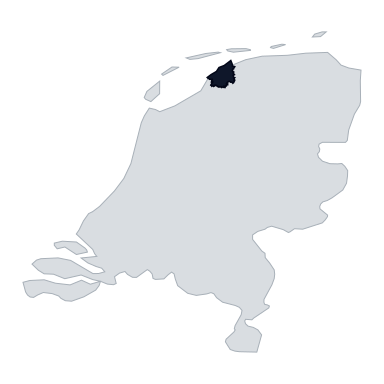 Waadhoeke, Friesland, Netherlands (highlighted)
{"feature_id": "6326949B95625047897274", "entity_name": "Waadhoeke", "entity_type": "district", "adm_level": 2, "iso_a3": "NLD", "parent_name": "Netherlands", "parent_adm1": "Friesland", "projection": "robinson", "projection_center": [5.61, 53.246], "detail": "fine", "context": "in_parent", "style": "filled", "palette": "ink", "viewbox_px": 384, "rotation_deg": 0, "n_neighbors": 0, "source": "geoboundaries", "source_scale": "gbopen_adm2", "svg_char_len": 5983}
<svg xmlns="http://www.w3.org/2000/svg" viewBox="0 0 384 384"><path d="M256.8,352.1L247.8,351.9L239.4,351.7L234.9,351.1L230.2,349.5L230.2,349.4L228.0,346.0L225.4,341.8L226.1,339.2L234.0,331.9L235.2,329.9L234.3,328.8L235.1,325.6L241.2,314.7L242.0,310.4L239.3,307.3L235.3,305.5L222.6,302.2L216.6,297.7L213.8,293.7L211.0,292.6L206.8,293.9L196.3,295.4L187.7,293.3L177.7,285.7L175.3,279.0L174.1,273.9L171.6,272.1L168.2,274.7L163.9,278.9L155.4,279.4L153.0,278.4L152.6,276.1L152.1,273.9L149.8,271.2L147.3,269.6L136.5,277.4L132.5,277.3L127.5,274.4L125.0,271.5L119.5,273.1L114.5,276.7L116.2,283.5L113.5,284.7L107.4,284.1L100.5,281.3L92.8,279.6L81.1,275.0L64.8,278.7L53.5,274.2L44.1,273.8L38.3,270.2L32.0,264.1L36.5,260.1L40.9,258.7L58.1,257.9L70.6,260.4L93.0,273.6L98.7,273.5L104.8,271.8L101.7,268.2L96.1,266.5L87.8,262.9L81.1,258.0L96.8,256.4L94.7,253.8L92.7,249.4L76.3,234.0L79.1,229.9L83.4,221.0L88.6,213.6L92.7,211.6L99.6,206.4L114.4,191.0L123.8,178.5L130.9,163.6L141.3,122.7L144.4,115.8L149.3,108.1L155.4,109.5L159.7,111.7L174.8,105.9L200.8,90.8L208.5,77.7L216.0,71.6L245.7,59.7L262.1,56.2L287.4,55.3L305.7,53.2L327.6,52.4L336.1,59.7L341.0,65.1L348.8,68.0L361.0,70.1L360.3,80.7L360.6,101.6L359.7,105.3L354.4,114.1L348.7,130.0L347.3,140.4L345.5,142.4L322.4,142.3L319.1,144.1L318.6,146.4L319.8,149.0L319.3,151.7L317.5,153.9L318.5,157.3L322.5,161.2L329.9,163.7L337.7,163.9L341.8,163.5L344.8,166.3L347.7,170.6L347.5,176.0L346.5,183.3L342.8,190.0L332.1,197.8L327.3,200.5L322.8,201.9L320.7,204.0L319.7,206.6L320.0,208.9L327.6,215.1L327.5,216.6L325.3,219.8L322.3,222.9L302.7,229.2L294.5,228.7L289.9,231.9L288.4,232.5L283.2,229.6L271.7,226.2L267.4,227.4L265.0,229.2L257.8,231.4L252.6,234.9L252.6,239.4L261.8,251.0L265.0,253.3L265.2,257.6L269.7,263.1L274.2,269.9L274.7,274.2L274.2,278.6L271.9,284.8L264.0,299.4L263.9,302.2L264.6,304.3L267.3,304.9L269.4,306.0L268.8,307.9L253.8,318.0L251.9,319.8L245.6,319.3L244.7,321.0L245.5,323.7L248.0,326.1L253.3,327.4L257.9,329.9L261.6,334.9L256.8,352.1ZM100.5,281.3L99.1,285.5L95.7,290.1L83.9,296.8L71.6,301.2L65.3,300.7L61.0,298.4L58.7,296.0L52.2,293.6L43.3,292.5L37.6,295.0L33.6,297.4L30.1,297.0L27.5,295.0L25.6,291.9L23.0,282.3L29.8,280.5L44.2,279.8L55.4,283.2L70.1,284.9L81.5,280.2L90.3,284.2L100.5,281.3ZM76.4,242.0L84.9,248.0L86.7,250.0L87.4,252.1L76.4,254.5L64.9,247.0L57.2,248.8L54.3,245.3L54.3,243.1L62.3,241.2L76.4,242.0ZM159.6,93.7L150.9,101.6L145.7,99.3L144.2,97.5L146.9,91.4L159.7,81.1L159.6,93.7ZM198.0,58.6L189.9,59.4L186.2,57.9L205.8,53.5L218.2,52.1L220.4,52.7L198.0,58.6ZM250.5,50.4L233.4,52.2L227.6,50.9L226.6,49.6L231.3,48.8L245.9,48.6L250.4,49.7L250.5,50.4ZM179.1,67.2L163.0,75.4L161.6,74.1L172.0,67.0L179.1,67.2ZM320.5,36.6L312.4,37.0L314.7,34.1L322.1,31.9L326.2,31.9L320.5,36.6ZM285.6,44.6L273.5,48.4L270.5,47.6L271.2,46.5L281.9,44.2L285.6,44.6Z" fill="#d9dde1" stroke="#a8b0b8" stroke-width="1"/><path d="M224.2,65.5L219.0,67.5L216.4,71.5L211.2,74.5L207.2,77.5L207.7,78.0L208.2,78.4L209.3,78.9L209.4,79.0L209.5,79.2L209.8,79.1L209.9,79.3L210.0,79.3L210.3,79.3L211.9,79.3L212.2,79.2L212.3,79.2L212.3,79.4L212.3,79.5L212.3,79.9L212.1,80.0L211.9,80.3L211.6,80.9L211.6,81.0L211.5,81.5L211.4,81.9L212.8,81.7L212.8,81.9L212.7,81.9L212.6,82.3L212.4,82.3L212.2,82.3L212.1,82.6L211.9,82.6L211.9,82.8L211.8,83.1L212.0,83.1L211.7,83.6L211.7,83.8L211.5,84.0L211.4,84.0L211.3,84.3L211.1,84.7L211.1,84.8L211.1,84.7L210.8,84.9L210.7,85.1L210.8,85.2L210.7,85.2L210.9,85.3L211.0,85.2L211.3,85.3L211.2,85.5L211.4,85.6L211.5,85.7L211.6,85.8L211.8,85.7L212.0,85.8L211.8,86.0L211.7,86.1L211.8,86.3L212.1,86.1L212.3,86.0L212.4,85.8L212.5,85.7L212.6,85.8L212.9,85.9L213.0,85.9L213.2,86.0L213.4,86.2L213.3,86.3L213.2,86.3L213.4,86.4L213.6,86.5L213.9,86.3L214.3,86.1L214.1,85.9L214.2,85.7L214.0,85.4L214.5,85.3L215.0,85.2L215.3,85.3L215.6,85.3L215.7,85.1L215.8,85.1L216.5,85.4L216.5,85.5L216.4,85.6L216.6,85.7L216.6,85.8L216.8,85.9L217.0,86.1L217.3,86.2L217.3,86.3L217.5,86.5L217.9,86.7L218.0,86.5L218.4,86.5L218.5,86.8L218.7,87.0L218.8,87.1L219.0,87.1L219.3,87.0L219.5,87.0L219.6,86.9L219.6,86.7L219.8,86.6L220.0,86.6L220.3,86.6L220.5,86.6L220.4,86.7L220.4,86.8L220.6,86.9L220.8,87.0L221.0,86.9L221.1,87.2L221.4,87.1L221.4,87.3L221.5,87.3L221.6,87.5L222.9,86.7L223.0,86.7L223.4,86.4L223.5,86.4L223.7,86.2L223.8,86.1L223.9,86.4L224.1,86.6L224.2,86.8L224.0,87.2L223.8,87.4L224.0,87.3L224.2,87.2L224.3,87.3L224.2,87.4L224.3,87.4L224.6,87.5L225.0,87.6L225.1,87.4L224.9,87.1L225.0,87.0L224.7,86.7L225.2,86.3L225.3,86.4L225.8,86.2L226.0,86.2L226.5,85.8L226.5,85.6L226.4,85.4L226.2,85.2L226.4,85.0L226.5,85.0L226.8,85.0L227.0,84.9L227.4,84.8L227.3,84.7L227.2,84.5L227.3,84.4L227.2,84.4L227.3,84.3L227.0,84.3L226.9,84.3L226.8,84.2L227.1,84.0L226.9,83.8L227.0,83.8L227.1,83.6L227.2,83.4L227.2,83.2L226.8,83.1L226.7,83.1L226.8,82.8L227.0,82.8L227.2,82.6L227.3,82.5L227.3,82.4L227.4,82.2L227.5,82.1L227.8,82.0L228.2,82.0L228.4,81.7L228.5,81.8L228.7,81.7L228.8,81.6L229.1,81.4L229.3,81.3L229.5,81.5L229.9,81.5L230.0,81.5L230.4,81.7L230.4,81.8L230.4,82.0L230.5,82.2L231.1,82.2L231.3,82.1L231.5,82.1L231.9,82.3L232.2,82.6L232.3,82.6L232.7,82.6L232.8,83.0L232.9,82.9L233.0,82.9L233.0,82.6L233.3,82.6L233.5,82.7L233.6,82.4L233.8,82.3L234.2,81.4L234.3,81.3L234.4,81.1L234.5,80.9L234.1,80.9L234.1,80.7L234.2,80.4L234.3,80.2L234.1,80.2L234.5,79.5L234.2,79.1L234.0,78.9L233.9,78.8L233.8,78.6L233.7,78.6L233.6,78.0L234.1,78.0L234.4,78.0L234.4,77.9L234.6,77.7L233.6,77.5L233.5,76.3L233.4,75.9L233.5,75.8L233.9,75.8L233.7,75.7L233.2,75.3L233.6,75.0L234.2,74.8L234.4,74.7L233.7,74.0L233.5,73.8L233.7,73.7L233.7,73.4L233.2,72.4L233.7,72.0L233.4,71.8L233.0,71.6L232.6,71.4L232.5,71.2L232.4,71.2L232.3,70.9L232.5,70.7L232.4,70.4L232.5,70.3L232.7,69.9L232.9,69.5L232.7,69.5L232.8,69.3L233.0,69.3L232.9,69.3L233.0,69.3L232.9,69.3L233.0,69.0L233.1,68.9L233.2,68.7L233.7,68.7L233.8,68.2L233.9,67.8L234.0,67.7L234.2,67.4L234.5,67.2L234.8,66.7L234.0,66.4L233.7,66.3L233.2,66.2L232.4,66.3L232.5,65.6L232.2,64.0L230.8,60.5L224.2,65.5Z" fill="#0f172a" stroke="#020617" stroke-width="1.5"/></svg>